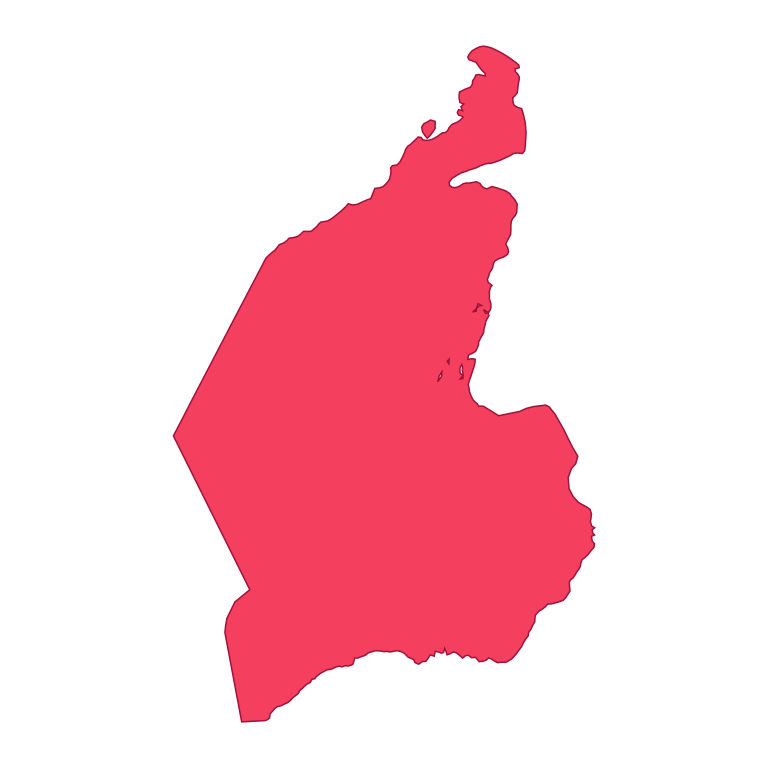 Turiaçu, Maranhão, Brazil
{"feature_id": "56859067B17622420397796", "entity_name": "Turiaçu", "entity_type": "district", "adm_level": 2, "iso_a3": "BRA", "parent_name": "Brazil", "parent_adm1": "Maranhão", "projection": "mercator", "projection_center": [-45.384, -1.709], "detail": "fine", "context": "isolated", "style": "filled", "palette": "rose", "viewbox_px": 768, "rotation_deg": 0, "n_neighbors": 0, "source": "geoboundaries", "source_scale": "gbopen_adm2", "svg_char_len": 5675}
<svg xmlns="http://www.w3.org/2000/svg" viewBox="0 0 768 768"><path d="M488.1,312.5L490.0,310.5L490.9,307.8L490.9,303.8L489.4,299.0L489.4,296.1L489.4,291.5L490.4,287.6L492.0,285.5L488.3,282.5L487.3,279.6L488.6,276.3L489.6,272.6L491.5,270.0L492.7,267.3L493.3,264.1L494.6,261.2L498.4,258.8L503.8,257.0L507.5,254.4L508.5,251.6L507.7,247.8L505.8,244.4L506.7,241.9L510.6,234.6L510.9,229.8L510.9,224.6L511.5,220.9L512.8,218.2L515.0,215.9L516.7,212.4L516.9,208.9L517.2,204.0L514.6,199.5L511.9,196.5L510.0,193.8L506.6,191.4L503.9,190.2L500.1,189.0L497.8,188.1L492.1,186.6L489.8,187.5L487.0,188.9L483.8,187.8L481.4,185.8L480.1,183.5L476.3,181.7L472.1,182.6L468.9,183.1L466.1,183.0L463.3,183.7L460.5,185.5L457.7,187.0L454.6,187.7L451.8,187.1L449.3,185.2L449.2,182.0L452.3,178.1L455.4,176.3L457.4,175.0L460.3,173.4L462.6,172.4L466.2,171.3L469.5,169.9L472.6,169.0L476.2,167.8L480.2,165.8L485.0,164.0L488.0,163.4L491.0,163.3L494.0,162.4L496.9,161.4L501.0,159.9L505.4,157.8L509.4,156.0L513.0,153.8L516.6,152.9L522.4,153.5L524.6,150.8L525.0,148.5L525.3,145.5L525.5,142.2L525.7,139.7L526.0,134.3L526.0,131.7L525.7,127.8L525.3,123.4L524.5,119.1L523.6,115.4L522.6,111.7L521.6,108.6L518.3,107.7L515.8,106.4L513.7,104.8L512.9,101.2L512.8,97.6L515.2,95.5L517.2,92.8L517.8,88.6L518.2,84.2L519.2,79.7L519.2,76.7L517.4,73.6L515.3,71.6L515.0,68.9L519.2,67.7L518.9,65.2L516.2,62.8L508.2,57.0L501.4,52.8L496.7,50.4L491.5,48.0L487.8,46.9L483.7,46.1L479.8,46.8L476.0,48.5L472.1,50.8L469.3,54.1L467.8,57.0L468.9,59.7L473.4,61.3L476.1,62.4L478.1,65.3L480.5,68.6L482.7,71.2L484.9,73.0L485.5,75.9L482.2,75.4L479.1,74.5L475.9,75.0L474.7,77.8L472.7,80.7L472.2,84.5L470.6,87.0L467.9,88.2L465.1,89.2L462.9,90.4L459.5,91.9L459.1,95.2L459.2,99.1L459.9,102.5L463.8,104.0L460.9,106.7L462.6,110.7L458.7,109.7L457.3,112.5L458.5,115.1L461.0,115.7L463.2,117.2L460.5,119.8L458.1,121.7L454.9,123.2L452.1,124.3L449.3,127.3L447.4,131.0L445.3,132.6L442.3,132.9L436.8,136.8L432.7,139.1L428.7,140.3L425.5,140.4L422.7,139.7L421.2,137.5L418.2,137.0L415.6,139.6L413.5,141.5L410.6,144.4L407.8,146.2L405.6,149.5L404.5,152.7L403.3,155.3L402.3,157.5L400.2,161.5L397.2,164.9L392.3,165.7L390.6,167.9L391.0,170.4L390.8,173.8L389.7,178.5L388.1,181.5L385.9,183.9L383.2,186.6L379.1,187.9L374.9,188.4L372.4,194.5L370.7,198.7L367.2,199.8L362.3,202.0L357.5,204.3L352.4,205.0L348.3,203.7L345.7,206.7L341.4,210.8L338.8,213.0L336.4,214.9L333.8,217.0L331.2,219.0L327.5,221.0L323.4,221.7L320.8,222.1L318.7,224.0L316.8,226.5L313.6,229.3L311.2,231.3L308.1,231.4L303.6,231.3L300.8,234.1L297.4,236.5L293.3,237.6L289.2,238.1L286.9,240.6L283.9,242.8L279.3,244.7L277.3,247.3L274.7,250.4L271.8,252.6L268.1,256.0L265.8,258.4L263.9,262.1L234.9,317.5L192.2,399.5L181.8,419.8L173.4,435.9L223.8,537.3L249.8,589.7L234.9,602.0L226.9,618.3L225.6,626.0L224.9,632.5L241.7,721.9L265.3,720.6L267.6,719.6L269.6,717.9L270.1,713.9L273.1,710.6L274.8,708.4L277.2,706.7L281.2,705.7L284.8,703.8L287.6,702.7L290.6,700.2L292.9,697.7L298.2,693.6L299.7,690.6L302.3,688.5L304.1,686.6L306.6,684.4L310.3,682.4L312.0,679.3L314.9,678.7L316.2,676.7L320.3,673.4L324.4,671.2L327.0,669.8L330.9,669.3L333.3,668.3L336.3,666.8L339.4,666.2L342.0,666.9L345.2,665.7L348.7,666.0L352.8,664.4L353.7,661.7L354.8,658.0L358.0,658.0L360.9,656.8L365.5,655.2L368.3,652.8L375.6,650.7L380.4,651.0L384.0,651.7L386.9,651.4L390.0,652.0L395.0,651.0L398.0,650.8L401.0,651.6L404.5,653.4L407.9,657.0L411.5,658.6L413.8,659.7L415.0,662.6L418.7,664.2L422.4,661.6L425.8,661.3L427.9,658.7L430.3,654.8L434.2,656.2L435.2,651.3L438.8,652.1L441.1,653.1L443.6,652.5L444.6,648.5L446.2,651.7L447.0,654.8L450.0,653.8L453.2,652.0L456.2,652.7L459.0,654.9L462.6,658.1L465.4,655.8L468.2,655.2L471.5,657.7L475.6,657.4L479.2,661.7L483.7,661.1L486.2,660.1L488.6,658.0L491.6,659.0L494.0,660.8L497.4,662.6L502.5,662.2L505.7,662.4L508.4,661.0L512.2,658.5L514.7,655.7L516.5,653.6L518.1,651.3L521.4,646.9L523.4,642.8L525.7,639.0L528.2,635.9L528.7,632.1L530.9,629.4L532.0,626.7L533.1,624.5L534.8,621.7L534.9,618.7L535.3,615.4L537.1,613.1L539.5,610.6L541.8,609.6L545.4,606.7L547.6,604.1L551.2,603.9L554.9,603.0L559.8,601.6L563.2,600.3L565.8,597.5L567.8,594.4L570.0,591.0L569.6,587.0L569.3,582.2L570.5,579.9L573.0,578.0L574.8,575.4L576.8,571.9L578.6,569.6L580.4,566.3L580.8,563.2L582.0,559.8L584.7,557.7L587.8,554.8L590.0,551.9L594.0,547.2L594.5,543.7L592.2,541.0L591.5,536.3L594.6,535.0L592.7,533.0L592.2,529.6L594.6,527.8L591.6,525.9L590.4,521.5L591.0,517.8L591.5,514.1L590.0,509.3L586.4,506.8L582.1,504.5L578.4,502.4L573.1,496.5L569.0,488.6L568.2,477.5L571.5,468.4L575.7,463.8L577.8,456.2L572.8,447.8L569.4,441.1L564.1,430.2L555.2,414.4L549.2,406.9L545.7,405.1L533.4,406.6L526.3,408.4L519.8,411.4L505.7,414.3L498.7,415.7L483.2,406.1L478.7,406.2L477.2,403.6L475.2,402.1L472.9,399.7L470.9,395.5L469.5,391.7L469.2,389.0L468.2,384.6L469.5,380.0L470.6,377.2L471.5,374.3L472.7,370.6L474.2,366.2L475.0,362.6L475.2,359.2L471.8,358.7L467.8,359.4L468.5,355.0L472.2,353.4L475.6,351.4L477.5,347.4L478.6,344.6L478.6,342.1L481.2,337.0L483.5,333.0L483.9,329.3L485.0,325.3L485.8,321.6L487.0,319.0L488.9,315.7L488.1,312.5ZM463.0,375.7L460.0,373.0L460.0,367.6L461.8,364.6L462.6,366.9L462.3,370.2L462.9,373.0L463.0,375.7ZM441.7,376.1L437.7,381.8L439.1,376.2L441.8,371.8L441.7,376.1ZM476.5,308.5L478.1,303.7L481.4,305.4L478.7,306.1L476.5,308.5ZM488.1,312.5L485.6,313.3L483.5,309.6L488.1,312.5ZM476.5,308.5L476.3,311.1L472.6,312.1L476.5,308.5ZM449.2,359.2L448.8,363.8L447.1,361.2L449.2,359.2ZM463.0,375.7L462.9,378.5L460.2,378.9L463.0,375.7ZM429.7,136.0L432.8,132.0L435.1,128.4L435.2,121.4L430.6,120.0L427.2,122.0L423.9,123.7L421.8,126.8L422.0,129.3L422.6,131.9L424.7,135.2L427.2,138.2L429.7,136.0Z" fill="#f43f5e" stroke="#9f1239" stroke-width="1.5"/></svg>